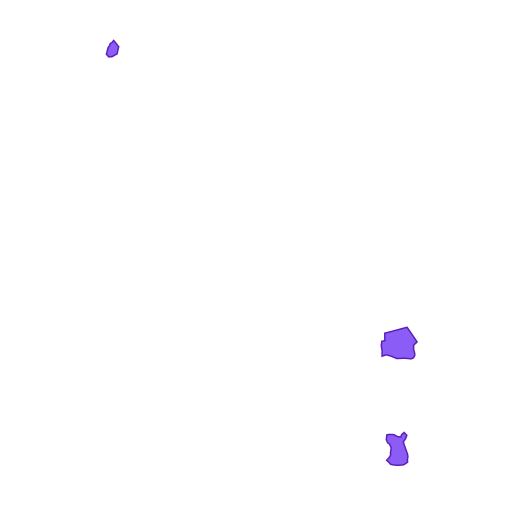 the district of Abu Simbel, Aswan, Egypt, rotated 313°
{"feature_id": "37247803B4771380676281", "entity_name": "Abu Simbel", "entity_type": "district", "adm_level": 2, "iso_a3": "EGY", "parent_name": "Egypt", "parent_adm1": "Aswan", "projection": "robinson", "projection_center": [32.495, 23.045], "detail": "fine", "context": "isolated", "style": "filled", "palette": "violet", "viewbox_px": 512, "rotation_deg": 313, "n_neighbors": 0, "source": "geoboundaries", "source_scale": "gbopen_adm2", "svg_char_len": 958}
<svg xmlns="http://www.w3.org/2000/svg" viewBox="0 0 512 512"><g transform="rotate(313 256 256)"><path d="M289.5,404.2L287.4,402.8L281.9,408.0L279.5,406.2L275.9,408.7L275.0,409.9L274.1,411.0L272.7,412.9L268.7,416.5L272.6,418.7L274.9,423.1L277.0,428.9L282.5,434.3L286.7,439.7L289.0,440.7L291.8,439.8L293.7,437.6L294.8,435.4L298.3,432.1L303.0,432.4L304.5,426.0L306.9,415.1L289.5,404.2ZM220.4,482.6L219.4,478.7L216.1,474.8L214.4,473.7L212.4,475.2L210.5,476.6L209.2,479.8L209.5,481.9L207.9,485.8L205.6,487.3L203.2,489.0L202.6,490.1L199.6,490.8L195.7,490.9L195.7,494.8L195.4,496.5L197.0,499.0L199.3,502.2L204.0,506.4L205.6,506.8L208.6,507.5L210.2,505.7L212.9,503.9L214.5,501.8L219.1,492.9L220.7,490.4L224.4,490.0L227.7,488.6L228.0,484.7L224.7,484.3L222.4,485.4L220.4,482.6ZM312.0,4.5L310.1,5.4L307.5,5.7L301.5,9.0L301.2,12.5L303.6,14.8L309.2,16.5L313.3,14.0L315.4,12.9L316.6,4.9L313.9,5.1L312.0,4.5Z" fill="#8b5cf6" stroke="#5b21b6" stroke-width="1.5"/></g></svg>